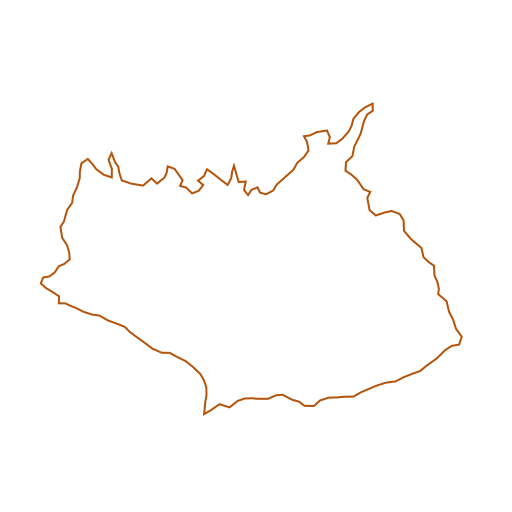 outline of Pardinho, São Paulo, Brazil, rotated 275°
{"feature_id": "56859067B89234648991539", "entity_name": "Pardinho", "entity_type": "district", "adm_level": 2, "iso_a3": "BRA", "parent_name": "Brazil", "parent_adm1": "São Paulo", "projection": "orthographic", "projection_center": [-48.387, -23.1], "detail": "fine", "context": "isolated", "style": "outline", "palette": "amber", "viewbox_px": 512, "rotation_deg": 275, "n_neighbors": 0, "source": "geoboundaries", "source_scale": "gbopen_adm2", "svg_char_len": 2314}
<svg xmlns="http://www.w3.org/2000/svg" viewBox="0 0 512 512"><g transform="rotate(275 256 256)"><path d="M333.2,74.0L324.8,73.2L318.1,73.6L309.1,71.7L300.2,68.5L292.8,68.2L285.8,64.0L279.6,62.7L273.7,61.7L268.0,58.6L257.3,61.3L250.3,66.8L242.8,69.7L236.3,70.7L231.3,65.6L228.6,60.4L221.9,56.8L217.6,51.8L216.1,45.9L210.0,44.0L205.8,49.5L202.5,56.3L198.7,63.3L191.7,63.7L192.2,70.1L190.2,75.6L188.4,81.4L185.4,89.0L183.4,97.8L183.0,105.2L178.9,114.1L176.6,122.9L173.9,131.5L169.2,137.1L164.5,144.8L159.4,153.4L154.7,160.9L151.4,170.5L152.0,178.5L148.8,185.6L145.1,195.2L140.1,202.7L133.6,210.8L127.8,214.9L120.7,218.0L112.9,218.8L105.6,218.2L94.0,218.1L98.2,224.2L105.2,232.6L102.9,242.9L110.0,250.3L113.0,257.0L113.9,264.1L113.9,270.6L114.8,280.5L118.9,287.9L120.1,294.6L115.9,304.7L114.7,311.4L110.9,317.6L111.7,326.9L117.7,332.4L121.3,341.0L122.1,348.4L123.4,355.8L124.5,365.5L129.5,372.6L133.2,379.6L137.3,387.3L141.1,396.3L143.2,405.9L148.0,413.5L152.3,422.0L155.7,429.5L161.6,435.5L169.9,445.2L178.4,452.3L183.5,458.7L185.5,466.1L193.5,468.0L200.9,461.6L210.1,457.7L217.2,453.2L227.5,449.8L233.9,440.8L239.3,441.0L246.4,438.8L252.0,435.5L261.8,434.2L265.0,428.5L269.4,423.0L278.4,420.1L286.4,408.9L294.0,401.2L304.3,399.9L310.3,395.6L312.7,387.2L310.7,380.8L306.8,371.8L311.5,365.2L323.6,361.8L329.8,364.2L331.9,357.4L341.3,349.6L345.8,343.2L348.7,337.7L357.4,337.5L363.8,343.3L373.4,344.3L379.6,346.8L386.4,349.4L394.2,350.9L400.2,351.9L406.7,354.4L410.8,359.7L418.0,358.9L413.6,351.7L408.2,345.9L401.0,341.0L394.6,340.0L388.1,337.5L380.6,332.0L375.3,326.2L374.2,318.2L380.8,319.2L387.2,315.8L384.8,305.9L380.8,299.1L379.5,293.4L374.0,296.9L365.7,299.1L358.5,295.0L352.7,289.2L345.2,285.7L339.3,280.2L328.7,270.2L322.8,267.5L318.3,260.5L319.5,254.5L324.5,251.5L321.5,245.7L316.0,242.8L320.7,238.3L329.3,239.3L328.1,232.3L344.0,226.2L338.1,224.9L331.3,224.5L324.3,221.5L329.0,214.1L333.8,206.9L338.1,199.7L331.1,197.2L326.0,191.7L322.1,197.2L316.0,193.3L312.8,186.9L318.1,180.4L319.2,174.3L325.1,176.3L335.7,167.3L337.6,160.2L331.9,159.9L326.1,157.9L319.5,151.1L324.2,145.1L316.3,137.3L317.2,125.4L319.6,115.7L326.1,112.9L332.9,111.0L337.4,107.3L345.9,103.2L339.0,100.7L330.4,104.8L321.7,105.5L323.6,97.4L328.5,89.4L333.7,84.6L338.0,80.0L333.2,74.0Z" fill="none" stroke="#b45309" stroke-width="2"/></g></svg>